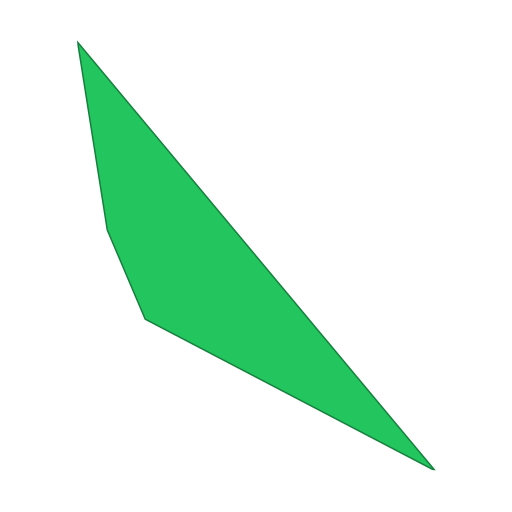 SVG path tracing the border of Banaadir, rotated 268°
{"feature_id": "SOM-2407", "entity_name": "Banaadir", "entity_type": "Region", "adm_level": 1, "iso_a3": "SOM", "parent_name": "Somalia", "parent_adm1": "", "projection": "equal_earth", "projection_center": [45.457, 2.085], "detail": "fine", "context": "isolated", "style": "filled", "palette": "green", "viewbox_px": 512, "rotation_deg": 268, "n_neighbors": 0, "source": "natural_earth", "source_scale": "10m", "svg_char_len": 250}
<svg xmlns="http://www.w3.org/2000/svg" viewBox="0 0 512 512"><g transform="rotate(268 256 256)"><path d="M475.5,85.5L36.5,426.5L36.8,424.6L196.7,143.1L287.1,108.3L472.6,85.6L475.5,85.5Z" fill="#22c55e" stroke="#15803d" stroke-width="1.5"/></g></svg>